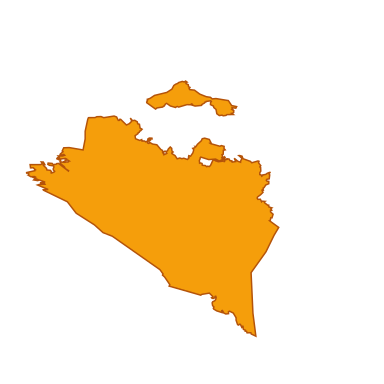 the district of Levanger nor, Nord-Trøndelag, Norway, rotated 40°
{"feature_id": "86288312B82574062898212", "entity_name": "Levanger nor", "entity_type": "district", "adm_level": 2, "iso_a3": "NOR", "parent_name": "Norway", "parent_adm1": "Nord-Trøndelag", "projection": "mercator", "projection_center": [11.15, 63.689], "detail": "fine", "context": "isolated", "style": "filled", "palette": "amber", "viewbox_px": 384, "rotation_deg": 40, "n_neighbors": 0, "source": "geoboundaries", "source_scale": "gbopen_adm2", "svg_char_len": 5976}
<svg xmlns="http://www.w3.org/2000/svg" viewBox="0 0 384 384"><g transform="rotate(40 192 192)"><path d="M242.7,132.3L240.5,128.9L239.9,128.7L240.4,129.3L240.2,129.5L240.4,129.3L238.7,127.8L238.4,128.2L239.0,127.2L239.8,126.6L239.0,126.9L237.6,129.3L237.2,131.1L235.2,133.5L235.5,133.9L235.3,135.1L233.8,134.5L232.7,135.1L231.5,133.6L231.3,131.8L228.7,129.0L227.9,129.2L227.2,129.1L227.8,129.0L227.7,127.6L224.2,126.9L223.6,125.4L222.6,125.8L219.0,131.2L217.0,131.0L209.7,133.7L207.3,132.4L205.1,133.4L204.5,134.0L208.6,134.1L209.4,137.0L210.1,138.0L207.3,139.0L202.7,139.0L205.9,140.6L203.6,143.2L202.7,142.5L202.3,142.7L203.0,143.3L201.7,143.0L200.7,143.6L199.3,142.9L197.5,144.0L197.3,144.3L197.8,144.6L197.3,145.3L195.4,145.7L197.1,147.0L197.3,147.8L197.0,148.0L196.3,146.6L195.2,146.0L195.1,144.2L194.2,144.2L194.4,144.8L193.8,145.5L194.2,146.5L195.2,146.8L195.0,148.0L195.6,148.8L192.7,151.9L190.5,152.8L190.3,151.8L190.2,152.8L187.8,153.4L187.8,155.0L189.1,159.7L188.9,161.4L187.4,162.2L187.1,163.1L185.2,163.2L182.7,164.9L181.4,163.7L179.8,164.3L179.3,164.7L179.4,165.0L179.4,165.7L179.3,165.0L177.3,163.1L176.9,161.4L176.3,160.7L176.3,159.6L184.0,156.4L188.9,151.6L192.9,150.7L194.2,148.3L194.0,147.2L192.6,146.4L193.1,145.4L191.0,144.1L191.6,143.0L189.2,139.9L190.3,138.4L188.5,138.1L187.3,136.4L184.6,137.6L184.0,139.0L175.3,142.9L174.4,143.0L175.0,142.1L171.5,140.6L167.1,142.6L165.6,144.6L166.2,146.8L165.5,152.0L165.8,154.7L165.2,155.1L165.7,155.2L165.6,156.5L164.5,158.1L166.2,158.5L167.5,161.4L167.9,165.5L166.2,166.2L166.9,167.6L167.7,167.7L167.6,170.0L164.0,171.4L162.8,173.0L160.8,173.8L159.3,176.1L155.6,175.0L151.8,175.5L151.4,175.1L151.8,173.5L150.1,173.4L148.4,171.6L146.4,171.5L146.2,174.2L146.7,176.1L146.5,177.1L145.0,178.2L146.0,177.8L147.9,178.6L146.7,181.2L146.7,180.7L146.1,180.7L146.3,181.4L144.1,180.5L145.0,178.8L144.8,178.6L144.0,180.3L142.6,179.1L140.9,179.5L134.7,178.4L131.0,180.6L127.9,181.2L127.5,181.5L127.9,182.0L127.7,182.6L126.5,183.0L125.2,181.8L126.7,180.0L126.5,179.4L126.8,179.0L126.0,178.4L127.3,177.0L126.7,176.5L124.5,178.2L124.4,179.1L124.9,179.5L124.2,179.9L125.2,181.2L124.4,183.3L122.8,183.5L121.0,185.1L120.6,184.9L121.0,184.9L121.3,184.5L120.5,184.8L119.8,184.2L118.8,186.1L114.5,187.5L112.2,185.5L113.1,182.0L112.7,181.5L113.2,180.1L112.8,179.0L113.3,178.2L113.4,176.0L111.1,176.4L108.2,173.9L106.6,174.6L104.9,173.4L102.0,173.9L100.6,175.6L97.2,175.0L99.9,176.2L100.3,177.4L100.0,180.1L98.7,182.8L90.7,182.2L90.0,182.6L90.3,183.8L89.5,184.5L86.0,183.0L83.5,183.9L76.6,191.8L73.8,192.7L70.7,195.5L69.9,197.3L64.9,201.6L65.4,203.3L71.1,214.1L76.1,220.1L81.5,229.8L69.4,236.9L65.3,240.6L66.2,244.0L67.3,244.1L66.7,247.5L66.9,248.1L68.8,247.1L69.6,245.6L70.9,245.7L69.7,247.6L66.3,250.4L67.8,250.6L67.3,251.5L68.1,251.5L67.5,252.3L68.4,252.2L66.5,253.6L71.1,252.3L70.1,251.2L73.4,247.7L74.8,247.3L75.3,247.9L73.9,249.8L76.3,247.4L78.0,247.2L77.5,247.8L77.9,248.3L77.7,248.8L75.0,250.7L75.8,250.7L75.6,251.0L71.6,253.8L73.1,254.7L78.0,254.7L79.9,255.5L83.8,255.0L83.9,255.4L71.4,255.9L70.1,257.2L70.1,258.2L69.0,259.1L68.7,260.2L66.5,260.0L63.2,262.3L63.8,263.5L65.6,263.2L69.1,261.0L70.2,261.6L70.7,263.3L71.5,264.2L73.5,264.4L73.6,265.0L72.9,266.7L71.6,268.5L72.0,267.1L69.7,266.4L66.7,268.4L65.3,267.4L61.0,267.1L60.4,266.6L61.6,265.6L58.8,264.6L57.2,265.9L59.2,266.4L58.3,268.4L50.4,275.1L52.8,277.3L54.8,275.5L57.6,275.6L57.2,276.1L57.9,276.7L52.8,283.4L53.2,283.8L54.8,282.6L56.0,283.9L55.7,284.4L58.7,283.9L61.5,281.3L62.3,281.2L61.0,282.9L66.7,281.3L64.1,282.7L63.1,283.9L63.0,284.5L66.6,282.4L67.3,281.0L73.1,278.8L69.6,282.7L73.3,280.3L74.3,280.6L70.2,284.3L69.2,285.9L80.2,282.5L76.6,285.9L77.0,286.1L102.8,279.6L116.9,282.7L138.4,279.9L150.0,280.3L159.4,277.1L217.4,272.1L222.5,273.4L222.8,274.6L225.6,274.7L234.5,277.2L235.0,278.8L265.0,265.4L265.4,264.0L270.3,258.3L275.2,258.7L275.6,259.4L275.0,260.4L275.9,260.5L277.0,259.6L277.4,258.2L276.8,257.2L277.2,256.6L278.3,257.2L279.3,259.2L279.3,260.8L278.4,262.8L278.7,264.0L280.8,265.8L282.7,266.0L283.1,267.4L283.9,267.7L287.3,267.2L292.9,264.9L292.9,264.0L291.7,264.3L291.1,263.7L291.5,263.2L294.1,264.3L296.3,263.7L298.2,261.7L296.9,260.3L297.3,259.2L301.4,258.2L306.6,260.0L308.2,261.9L312.2,264.3L313.3,263.9L313.3,262.8L314.2,262.3L317.4,263.8L317.9,263.0L316.7,262.6L317.4,262.1L319.7,264.2L321.7,263.6L322.1,264.4L323.4,263.7L324.7,264.5L327.5,262.0L328.6,262.7L333.6,261.4L316.5,245.6L289.1,215.8L287.1,190.3L282.7,172.5L281.2,163.4L269.7,164.2L270.1,163.1L268.9,161.2L269.9,160.4L268.4,156.9L265.0,156.8L263.9,155.5L264.8,154.8L263.1,154.0L263.4,152.8L260.6,154.0L259.2,152.8L258.9,153.4L254.8,153.6L253.6,153.0L253.8,152.4L251.4,154.1L251.5,154.7L249.0,153.6L247.2,155.3L245.8,154.8L245.4,153.7L246.3,150.0L246.6,146.6L244.9,146.0L245.4,145.0L244.5,145.0L244.8,144.0L244.0,143.2L244.4,142.3L244.0,139.2L245.5,136.3L244.0,134.5L242.7,135.5L241.3,135.2L241.2,134.1L242.7,132.3ZM171.3,97.9L166.8,100.3L161.1,98.6L150.3,105.0L147.6,107.7L145.3,107.6L141.7,109.8L135.1,112.0L128.4,112.4L124.5,115.0L123.4,114.7L123.2,113.2L121.7,113.6L120.2,112.2L117.7,112.8L117.0,112.0L117.6,111.0L115.8,111.1L115.3,112.7L113.5,113.5L111.3,116.9L111.3,117.9L110.2,119.9L109.6,122.1L110.5,126.1L108.7,131.9L101.2,142.1L99.7,147.2L98.2,149.7L98.9,149.9L98.9,150.9L99.4,151.3L99.4,152.2L100.0,152.7L110.8,151.9L111.2,150.0L115.0,145.7L115.0,144.5L115.5,144.0L115.1,141.7L115.6,140.4L120.2,140.0L125.1,137.8L125.2,136.8L125.8,135.9L127.2,135.5L132.0,128.3L134.6,126.3L135.2,124.6L136.0,124.7L135.7,125.6L139.1,124.2L143.5,119.7L143.6,119.0L143.3,118.7L144.4,115.7L144.1,115.0L144.8,114.1L144.6,113.6L147.7,110.1L148.7,110.3L148.7,111.5L150.0,113.2L153.1,112.4L154.5,113.3L157.3,113.3L160.7,116.1L163.8,115.9L165.6,113.8L166.9,113.6L168.8,111.5L169.0,110.3L173.8,106.1L171.9,106.2L172.6,105.4L172.7,104.0L171.7,103.1L172.4,102.8L169.6,103.1L169.9,102.6L169.2,102.6L169.3,101.6L168.8,101.5L171.7,99.6L171.3,97.9Z" fill="#f59e0b" stroke="#b45309" stroke-width="1.5"/></g></svg>